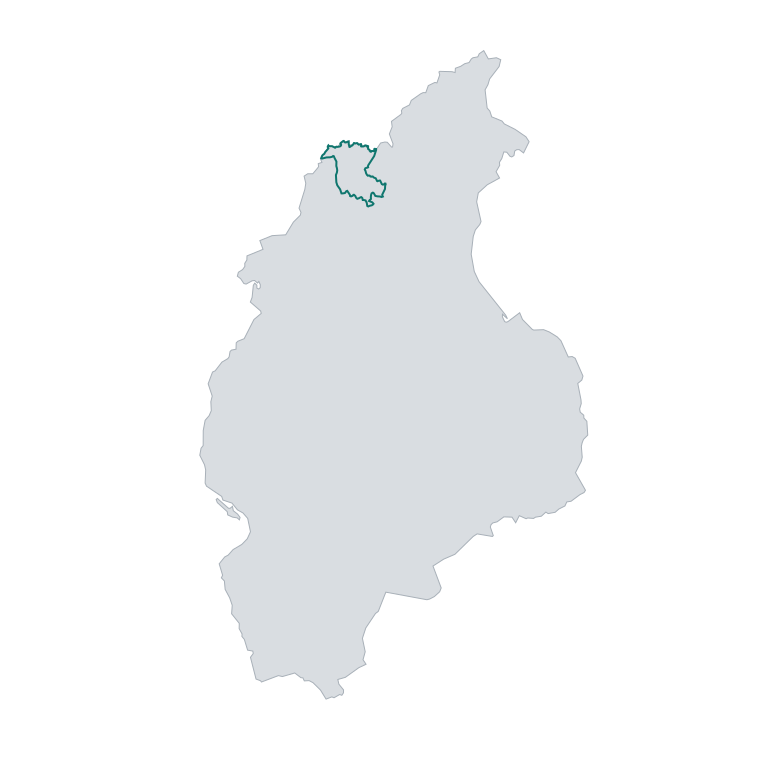 where Kermanshah sits in Iran, rotated 69°
{"feature_id": "IRN-3239", "entity_name": "Kermanshah", "entity_type": "Province", "adm_level": 1, "iso_a3": "IRN", "parent_name": "Iran", "parent_adm1": "", "projection": "orthographic", "projection_center": [46.364, 34.459], "detail": "fine", "context": "in_parent", "style": "outline", "palette": "teal", "viewbox_px": 768, "rotation_deg": 69, "n_neighbors": 0, "source": "natural_earth", "source_scale": "10m", "svg_char_len": 6672}
<svg xmlns="http://www.w3.org/2000/svg" viewBox="0 0 768 768"><g transform="rotate(69 384 384)"><path d="M366.1,231.8L373.4,231.6L386.2,226.0L387.3,224.9L390.5,215.5L394.7,211.0L402.1,205.4L407.0,203.3L424.8,202.3L425.8,198.5L428.5,196.3L447.9,195.4L451.2,197.9L452.9,202.9L469.5,205.8L473.0,206.9L477.4,210.3L480.7,210.9L484.7,208.7L487.4,209.6L491.5,208.0L504.7,212.1L507.2,217.6L509.8,220.0L512.9,222.1L523.4,225.2L526.7,227.4L535.4,237.0L555.4,234.0L557.0,236.1L557.5,240.7L560.5,251.4L559.6,255.6L562.7,258.8L563.4,265.6L565.1,270.2L563.8,277.2L561.6,278.8L563.8,284.5L562.6,290.4L563.1,292.5L560.6,297.8L560.7,299.6L555.4,304.9L560.7,310.8L554.2,312.2L551.0,319.7L553.2,327.8L552.7,332.3L553.7,334.5L555.6,336.0L564.7,336.3L565.2,337.4L557.3,350.8L558.3,355.4L568.4,378.8L568.9,391.1L571.5,403.5L594.9,403.7L597.9,406.5L600.5,413.2L601.1,418.4L600.8,421.2L579.0,456.9L594.2,470.8L595.2,474.2L605.2,488.4L613.7,495.3L627.2,497.5L633.9,502.4L639.2,501.2L639.8,509.1L644.0,525.2L643.3,533.0L648.1,533.7L655.1,531.4L657.8,532.5L659.5,534.9L658.0,536.7L659.0,543.1L657.4,544.8L657.4,551.0L646.9,553.0L637.4,557.3L634.1,560.2L632.6,564.8L629.3,565.0L628.4,566.8L621.8,570.9L620.7,583.7L618.4,587.1L618.3,605.2L616.8,605.6L613.6,609.2L591.3,606.6L588.7,602.6L586.3,602.2L583.6,606.7L572.4,605.9L568.8,607.1L566.4,606.1L560.5,606.9L555.6,604.9L543.9,608.6L536.2,605.0L528.3,604.7L518.8,605.9L510.7,603.6L506.7,605.3L504.7,603.2L492.8,602.3L488.4,594.7L487.9,590.8L484.5,584.2L482.8,574.2L479.5,567.1L474.1,561.6L460.6,559.4L453.8,561.9L449.0,565.9L440.7,568.6L434.6,576.0L430.8,575.8L415.8,586.3L412.4,586.5L400.4,581.3L395.1,580.5L384.5,581.5L378.4,577.8L376.7,574.9L362.6,569.4L353.8,564.0L350.9,558.6L347.0,554.8L338.5,552.0L333.7,548.7L320.8,548.1L311.4,539.8L311.2,536.9L305.5,527.5L304.3,520.6L303.1,518.8L298.5,516.1L297.7,514.2L298.5,509.7L292.6,507.2L291.7,505.1L291.6,498.3L277.2,482.3L274.1,473.3L271.6,473.0L259.6,479.4L255.9,476.1L245.0,470.6L243.5,468.5L246.2,467.3L248.9,468.3L250.4,467.0L249.7,465.0L247.0,463.9L243.4,464.1L244.4,465.9L241.0,467.7L240.4,470.1L241.3,476.9L240.0,478.8L234.3,480.1L230.8,482.3L227.5,479.9L226.5,475.0L224.4,471.8L221.4,470.7L219.1,467.6L215.3,466.0L214.9,448.7L205.6,448.5L205.4,435.3L209.5,422.3L200.4,410.6L196.4,401.6L194.0,400.0L189.4,400.3L174.0,388.2L168.6,385.1L161.3,384.1L160.4,379.9L162.2,375.1L158.8,369.0L157.7,367.2L154.7,366.4L154.9,362.5L151.0,362.7L143.8,352.0L141.8,350.5L145.8,342.5L143.0,335.8L144.8,330.3L148.5,330.6L149.7,323.2L156.3,315.6L162.1,312.4L162.6,310.1L161.5,306.0L157.8,300.8L158.4,296.5L159.5,294.3L165.6,292.0L165.8,291.1L163.0,289.5L152.5,289.4L146.8,284.2L141.5,282.9L138.4,271.6L137.5,270.3L135.0,269.8L133.4,267.7L132.6,260.2L129.0,256.9L126.2,245.7L126.0,243.0L127.0,240.6L121.3,235.7L120.7,228.4L121.9,226.7L115.4,221.2L112.4,220.9L112.1,219.9L116.8,208.6L118.7,206.0L114.8,204.2L114.9,198.6L113.9,193.8L114.4,189.4L111.9,186.1L111.3,184.1L112.2,179.2L109.8,176.7L108.5,171.4L117.9,170.1L119.7,162.1L123.1,158.8L128.9,162.8L137.0,176.0L141.9,179.8L145.6,184.2L163.3,188.8L167.1,187.4L173.2,187.7L180.8,179.6L184.3,178.5L193.2,170.4L204.1,162.9L209.8,161.7L218.3,170.9L213.6,173.8L212.8,176.2L213.4,178.5L217.3,180.8L217.8,183.4L216.5,184.8L211.6,186.3L210.3,189.0L215.7,193.2L218.4,196.8L221.3,197.6L226.0,203.3L233.1,202.3L235.0,216.2L239.4,227.5L247.1,232.2L267.1,235.2L269.4,237.4L272.9,243.5L278.2,247.8L294.1,256.1L311.3,259.4L322.6,258.6L363.4,245.7L367.3,245.4L361.3,248.4L363.7,249.4L369.0,249.0L370.1,247.8L370.2,246.1L366.1,231.8ZM456.4,569.0L454.0,573.1L450.2,576.8L447.0,576.1L435.0,582.1L431.7,582.1L431.1,580.6L444.3,573.7L444.9,572.2L443.9,569.3L448.3,570.1L453.0,567.3L457.0,566.2L459.0,567.7L456.4,569.0Z" fill="#d9dde1" stroke="#a8b0b8" stroke-width="1"/><path d="M161.6,309.1L161.2,308.9L161.1,308.3L161.4,307.9L161.7,307.5L161.8,307.2L162.6,307.4L167.7,311.5L174.2,320.4L175.4,321.2L176.0,321.2L176.1,321.8L175.9,322.8L175.9,324.1L176.9,325.1L178.5,324.9L180.9,325.2L182.8,324.9L183.8,324.4L183.9,323.3L184.5,322.6L185.3,322.4L185.9,321.7L185.9,320.8L186.3,320.1L187.4,319.7L189.0,318.0L190.7,317.8L191.8,317.8L192.3,317.5L192.4,315.4L192.7,314.7L196.6,314.4L197.5,313.6L197.6,312.4L197.1,311.5L197.4,310.8L198.2,310.9L199.2,311.8L202.3,313.2L206.6,317.8L207.7,318.0L208.6,317.9L208.6,318.4L208.5,319.4L207.6,320.4L206.5,322.8L205.3,324.7L202.6,325.1L201.7,325.4L201.3,326.0L201.6,327.3L203.0,328.4L205.0,329.4L205.9,329.6L206.7,330.0L207.1,331.4L207.8,332.4L210.1,329.9L211.3,329.4L212.0,329.2L212.5,330.0L212.8,331.3L212.5,333.5L212.6,335.1L211.8,335.8L208.7,335.2L206.0,335.4L205.0,336.9L204.6,337.9L202.7,337.6L201.9,337.9L201.4,338.2L201.3,339.0L201.6,340.7L201.5,342.6L200.1,343.3L198.2,343.4L196.6,344.2L196.4,344.7L196.5,345.0L196.9,345.4L197.0,345.7L197.1,346.1L197.0,346.7L197.0,347.0L197.1,347.3L196.8,347.9L196.3,348.3L195.8,348.1L194.9,348.1L190.5,349.1L190.5,350.1L191.3,351.3L191.7,352.1L191.3,354.2L190.8,355.4L186.5,355.2L181.8,356.4L178.6,356.2L171.7,354.0L169.7,352.2L167.8,351.1L165.6,350.6L163.4,350.4L159.3,348.7L155.0,349.2L153.4,349.2L152.9,349.8L153.3,351.0L153.0,353.2L151.9,356.4L151.3,361.2L150.7,361.7L149.3,360.5L148.9,360.1L148.5,359.6L148.2,359.0L148.0,358.5L147.9,357.8L147.7,357.2L147.4,356.8L147.0,356.5L146.6,356.1L144.2,351.6L143.2,351.6L142.5,351.6L141.9,351.2L141.3,350.4L141.9,350.2L142.2,350.0L142.4,349.7L142.8,348.8L143.1,348.0L143.4,347.2L144.1,346.7L144.5,346.2L145.6,345.3L145.9,345.0L145.9,344.6L145.7,344.3L145.5,344.0L145.4,343.6L145.4,343.3L145.8,342.7L146.0,342.4L146.3,340.8L146.4,340.0L146.3,339.3L145.8,338.6L145.3,338.3L144.7,338.3L144.1,338.7L143.6,338.3L143.3,337.6L142.5,334.9L142.7,334.4L144.2,334.1L144.4,333.9L144.5,333.7L144.8,333.2L144.9,332.3L144.7,330.9L144.8,330.0L145.8,330.3L146.8,330.8L147.6,331.0L149.5,331.2L150.1,331.4L150.4,331.2L150.4,330.8L150.4,330.5L150.4,330.3L150.1,329.8L150.0,329.3L150.0,328.6L149.9,328.0L149.8,327.8L149.6,327.6L149.5,327.4L149.4,327.1L149.3,326.8L149.1,326.6L148.9,326.4L148.7,326.2L148.3,325.8L148.5,325.2L149.2,324.4L149.3,324.0L149.3,323.3L149.4,322.9L149.6,322.6L150.0,322.4L150.7,322.3L151.5,321.8L151.6,321.0L151.6,320.2L151.8,319.5L152.4,319.5L152.9,319.8L153.2,319.9L153.9,320.2L154.3,319.7L154.6,318.8L154.8,318.2L154.9,317.6L154.6,316.8L154.5,316.3L154.6,315.9L154.7,315.5L155.0,315.2L155.5,315.1L155.8,314.9L155.7,314.5L155.7,314.3L156.1,313.7L156.3,313.6L156.7,313.8L157.2,314.1L157.5,314.3L157.9,314.2L158.7,314.6L159.1,314.5L159.5,314.1L160.2,313.7L160.5,313.6L161.0,313.8L161.7,313.5L162.0,313.5L162.3,313.3L162.5,312.9L162.0,312.3L162.3,311.3L162.9,310.3L163.0,309.5L162.6,309.1L161.6,309.1Z" fill="none" stroke="#0f766e" stroke-width="2"/></g></svg>